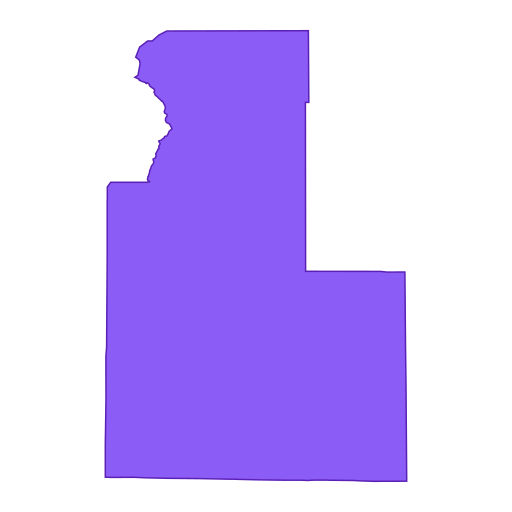 outline of Klamath, Oregon, United States of America
{"feature_id": "52423323B65304648918135", "entity_name": "Klamath", "entity_type": "district", "adm_level": 2, "iso_a3": "USA", "parent_name": "United States of America", "parent_adm1": "Oregon", "projection": "equal_earth", "projection_center": [-121.946, 42.805], "detail": "fine", "context": "isolated", "style": "filled", "palette": "violet", "viewbox_px": 512, "rotation_deg": 0, "n_neighbors": 0, "source": "geoboundaries", "source_scale": "gbopen_adm2", "svg_char_len": 2382}
<svg xmlns="http://www.w3.org/2000/svg" viewBox="0 0 512 512"><path d="M308.4,30.7L166.8,31.0L159.1,34.9L152.3,40.9L147.6,41.0L139.6,47.1L135.7,57.2L139.3,60.0L140.1,63.7L138.0,75.2L134.9,77.3L139.4,79.4L139.4,79.7L139.2,80.0L139.8,80.5L140.5,80.7L142.5,81.6L144.8,82.3L145.8,82.9L145.8,83.2L146.1,83.3L146.6,83.5L147.2,82.8L148.0,83.0L148.5,83.7L149.4,84.4L149.3,85.2L150.0,86.2L151.8,87.6L152.7,88.2L153.6,88.6L154.3,89.8L154.7,90.3L154.6,91.1L154.0,92.0L154.7,93.7L155.3,95.2L156.0,95.7L157.8,97.2L159.0,98.6L160.2,99.4L160.8,100.2L161.7,101.2L162.0,101.0L162.8,101.8L164.2,104.4L164.9,105.6L165.2,106.9L165.4,108.3L164.7,110.2L164.2,111.7L164.7,113.1L166.1,113.8L167.0,114.9L167.3,115.8L166.8,116.5L166.0,117.4L165.5,118.8L165.4,120.1L165.7,121.1L166.5,122.5L169.6,124.0L170.7,126.2L171.6,127.8L172.0,129.0L171.0,129.6L169.5,131.0L168.8,131.9L168.5,132.9L168.0,134.2L167.3,135.2L167.0,135.8L166.3,136.2L165.6,136.2L164.6,136.5L164.2,137.3L164.2,137.9L163.5,138.3L162.3,139.1L161.5,140.0L160.3,140.5L159.6,140.8L159.2,140.7L158.7,141.1L158.9,141.6L159.8,143.1L160.2,143.8L159.7,144.7L159.4,145.2L158.8,146.1L158.8,146.6L158.9,147.0L158.9,147.4L159.0,147.7L158.9,148.4L157.9,149.3L157.6,150.5L156.8,151.8L156.2,152.8L155.8,153.7L155.7,154.2L156.2,155.1L156.1,155.7L155.8,156.6L155.7,157.6L155.2,157.9L154.4,158.4L153.8,158.7L153.6,158.8L153.2,159.0L153.3,159.2L153.1,159.7L153.2,160.1L153.3,160.4L153.5,160.8L153.7,162.1L153.5,163.1L153.0,164.2L151.8,165.5L151.2,166.5L151.2,167.1L150.9,167.8L150.8,168.5L150.1,169.5L149.6,171.1L149.5,172.8L149.0,174.2L148.6,175.0L148.6,175.9L147.9,176.6L147.8,178.0L147.4,179.2L148.0,180.7L149.0,181.1L149.7,181.7L150.2,181.7L147.2,182.3L131.7,182.3L123.1,182.3L115.7,182.3L110.7,182.3L107.3,187.0L107.3,192.0L107.3,199.3L107.2,202.0L107.2,258.1L106.6,347.0L105.9,356.5L105.9,369.1L106.0,398.7L105.3,443.9L105.3,477.2L111.4,477.4L132.7,477.3L132.9,477.3L133.7,477.3L134.0,477.3L145.4,477.8L167.2,478.3L200.0,478.6L229.6,479.2L230.3,479.2L233.7,479.2L236.6,479.3L256.8,479.8L269.8,480.0L285.4,480.2L287.0,480.2L288.0,480.2L300.6,480.2L304.0,480.3L308.2,480.5L309.3,480.4L309.6,480.3L314.8,480.1L327.4,480.1L328.1,480.2L354.1,480.5L360.8,480.9L373.5,481.3L406.7,481.2L406.0,385.3L406.0,384.8L405.5,344.6L404.9,272.0L386.9,272.1L380.7,271.4L305.6,271.3L305.4,102.4L308.8,102.4L308.4,30.7Z" fill="#8b5cf6" stroke="#5b21b6" stroke-width="1.5"/></svg>